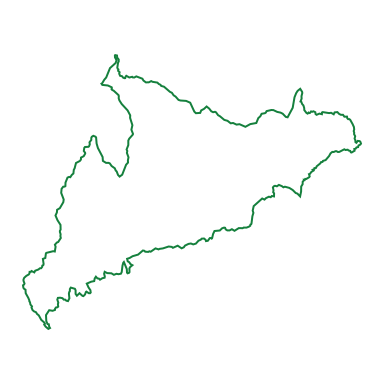 Huamalies, Huánuco, Peru (Robinson projection)
{"feature_id": "86281439B96398327811884", "entity_name": "Huamalies", "entity_type": "district", "adm_level": 2, "iso_a3": "PER", "parent_name": "Peru", "parent_adm1": "Huánuco", "projection": "robinson", "projection_center": [-76.611, -9.407], "detail": "fine", "context": "isolated", "style": "outline", "palette": "green", "viewbox_px": 384, "rotation_deg": 0, "n_neighbors": 0, "source": "geoboundaries", "source_scale": "gbopen_adm2", "svg_char_len": 5894}
<svg xmlns="http://www.w3.org/2000/svg" viewBox="0 0 384 384"><path d="M58.2,306.6L57.9,304.1L58.3,302.7L57.3,299.6L57.9,297.9L60.1,297.7L62.5,298.2L63.7,299.6L65.1,299.6L66.3,300.7L68.0,301.1L69.4,298.3L68.9,293.7L69.2,292.1L69.8,291.3L69.9,289.0L70.8,287.6L74.9,288.8L75.6,290.3L75.6,293.9L76.9,295.7L79.5,293.2L82.5,295.9L83.4,296.1L85.0,294.5L85.9,292.0L86.4,291.6L88.8,293.2L90.1,293.2L90.7,292.5L90.4,290.2L88.5,287.4L86.8,283.6L91.2,281.7L94.2,281.1L94.7,278.5L95.9,276.7L97.4,278.4L98.9,278.6L100.0,279.7L102.4,278.2L104.6,277.7L104.8,276.4L104.1,273.8L104.7,271.8L107.2,273.1L111.4,273.3L113.9,274.8L116.5,273.8L118.5,274.2L120.9,273.7L121.7,272.1L122.5,265.6L123.3,262.7L123.9,262.0L126.8,269.1L127.0,272.6L127.6,273.3L128.9,272.9L129.5,272.1L129.4,268.4L130.1,267.1L132.4,265.2L130.6,264.2L129.2,262.2L127.7,261.3L127.1,258.8L129.6,258.0L132.6,256.2L138.1,254.6L142.9,250.5L144.4,250.8L145.2,251.7L148.3,251.9L149.3,251.3L150.7,251.7L155.5,248.4L158.6,249.4L159.4,248.9L162.9,248.4L168.7,246.5L171.8,246.9L172.9,247.8L177.7,245.7L181.6,248.3L183.8,247.3L185.0,245.6L188.5,243.9L190.9,243.5L193.2,244.4L195.9,243.6L198.5,240.7L200.9,239.6L201.6,238.7L204.0,238.5L205.6,239.8L206.0,241.1L207.8,240.8L209.8,238.1L210.9,238.0L211.7,238.6L212.1,238.2L213.1,234.0L214.5,231.0L219.8,230.5L222.1,228.3L224.1,227.6L225.1,227.8L225.7,229.4L227.3,230.4L229.6,230.4L231.9,229.2L234.5,230.8L238.8,228.1L242.7,228.2L243.6,227.6L246.5,227.6L248.9,226.7L250.2,225.8L250.4,224.6L251.2,224.2L251.5,223.4L252.4,216.2L253.4,212.9L252.7,210.6L253.7,206.1L262.2,198.5L264.5,199.6L266.0,198.1L268.9,196.7L270.7,197.2L271.8,196.0L274.0,196.4L274.1,193.3L273.2,192.3L273.5,190.2L272.9,187.4L273.8,186.3L275.0,185.8L276.9,186.3L278.9,184.9L281.8,186.1L283.4,187.3L284.9,186.7L289.3,187.9L292.7,190.0L295.7,193.0L297.4,193.6L300.1,196.4L301.1,191.5L301.2,186.5L302.6,184.3L302.7,181.7L304.0,180.3L303.9,179.8L304.7,180.0L305.2,178.9L306.2,179.0L309.2,177.2L309.7,176.4L309.0,174.2L309.8,174.0L311.4,171.9L313.8,170.4L313.8,169.9L313.1,169.6L314.5,168.8L314.5,168.1L316.0,167.9L316.7,166.3L320.4,163.3L320.9,162.2L322.5,161.9L323.0,160.9L325.6,160.1L329.1,156.0L330.5,153.4L332.3,151.9L333.7,152.0L335.5,151.2L336.5,151.2L337.9,152.0L339.3,151.9L344.3,149.3L345.5,150.0L347.7,149.7L348.6,150.5L350.2,150.9L350.8,152.3L351.6,152.5L354.6,150.7L354.3,149.0L355.6,148.7L356.5,147.4L358.1,147.1L358.5,145.5L360.3,144.6L361.0,143.6L360.3,141.7L359.6,141.1L357.7,140.9L356.4,142.8L355.5,142.2L355.3,140.1L354.6,138.6L355.2,136.2L354.1,134.2L354.2,132.6L353.7,131.1L354.2,129.4L353.9,127.0L352.6,124.1L350.2,119.8L349.3,119.1L348.1,119.1L347.3,118.3L347.0,116.6L344.4,116.7L343.0,114.8L340.9,114.8L339.1,113.9L337.4,112.1L334.6,112.4L333.7,114.3L331.1,112.8L329.1,113.1L322.7,112.1L322.0,112.5L321.9,114.2L319.4,113.6L316.6,114.8L315.6,114.1L315.3,112.2L313.4,111.3L312.2,111.8L311.1,111.4L310.0,112.9L309.1,113.1L308.5,112.6L307.6,113.6L306.5,113.0L304.3,110.1L304.2,108.0L303.4,105.4L302.2,104.1L301.3,101.8L300.5,101.5L301.6,98.7L301.5,96.1L302.3,93.0L302.1,91.8L300.2,88.8L297.6,90.9L296.2,93.1L294.5,97.3L292.7,107.8L287.6,117.3L285.8,116.9L282.7,113.7L280.5,112.6L277.2,111.9L273.4,110.1L271.4,110.0L266.6,111.1L265.8,112.6L264.9,113.2L261.6,113.8L260.3,116.3L258.3,118.1L256.3,123.0L250.3,124.1L245.4,126.8L239.5,124.2L236.5,124.6L233.1,123.0L230.7,123.3L227.5,120.8L224.3,119.9L219.9,116.2L218.1,115.2L216.0,112.3L215.0,111.8L213.1,112.2L211.3,111.3L209.2,108.6L206.6,106.5L204.0,108.9L201.2,110.4L200.2,112.9L195.9,113.2L194.3,111.6L190.2,102.7L186.1,100.9L180.4,100.5L178.5,99.9L175.6,96.6L173.6,95.3L171.9,92.8L169.9,91.8L164.0,86.7L161.2,85.9L160.5,84.8L158.8,84.0L157.4,82.6L152.5,81.8L151.2,81.1L148.9,82.3L145.9,82.4L143.4,80.5L142.4,78.7L136.3,76.4L134.3,77.5L132.8,77.4L132.2,76.8L129.3,77.5L126.3,75.8L125.6,76.6L125.2,78.1L124.6,78.2L123.2,77.7L122.0,76.2L120.1,75.8L119.2,73.7L119.6,72.2L118.1,70.8L118.4,69.4L117.7,68.8L117.3,67.6L118.1,62.4L118.7,61.6L118.7,59.5L117.2,57.6L117.0,55.5L115.2,55.1L114.9,55.5L115.0,57.4L116.5,60.2L115.7,62.9L110.0,68.1L106.2,77.5L104.3,79.7L102.1,83.4L101.5,83.7L102.3,84.9L107.9,85.5L111.7,87.3L111.9,88.1L111.5,89.1L112.1,89.9L113.7,90.7L118.5,95.1L118.8,96.1L118.7,98.3L119.4,100.4L121.7,104.0L127.6,110.4L130.2,115.3L130.1,117.9L132.4,125.2L131.4,129.7L133.0,133.9L132.8,134.6L129.2,138.7L128.3,140.6L128.3,145.1L126.6,149.5L127.3,151.0L126.9,152.9L128.5,157.3L127.9,160.4L128.0,162.6L126.1,164.7L122.2,174.7L119.6,176.6L118.0,174.9L116.7,171.5L115.7,170.5L114.8,168.3L111.6,166.0L109.8,163.4L108.7,162.9L106.1,162.9L102.9,160.9L102.6,157.0L97.9,148.0L96.6,143.5L96.1,137.5L95.5,136.7L93.3,135.8L91.8,136.8L91.3,137.9L91.3,139.9L89.5,142.3L89.8,144.3L89.1,146.2L88.5,146.8L85.0,147.0L84.3,147.8L83.8,151.0L85.1,152.7L85.2,153.6L83.7,156.2L81.0,157.6L80.9,159.6L79.8,161.0L76.0,163.0L74.6,168.4L73.8,169.8L73.4,173.5L71.8,174.9L70.3,177.2L69.1,176.9L67.5,177.6L65.5,182.6L65.4,186.1L64.7,186.6L63.2,186.7L61.6,188.8L61.2,192.9L63.7,199.5L63.3,202.2L59.8,208.2L57.1,209.8L56.9,212.4L55.5,215.5L57.5,220.2L60.5,224.9L60.6,229.6L59.9,230.9L59.9,232.0L60.6,234.2L60.4,236.1L60.8,238.0L58.2,242.0L56.9,242.5L54.9,244.7L55.6,246.7L54.8,251.5L53.2,251.2L46.3,252.9L45.9,253.5L45.3,258.0L42.9,258.9L43.6,264.0L43.3,265.1L42.3,265.6L42.2,266.8L41.2,268.2L39.9,268.3L38.4,269.5L35.2,270.7L34.3,272.4L31.5,271.0L30.8,271.9L29.6,271.9L29.4,273.6L28.7,274.5L26.4,275.8L24.2,277.8L23.5,279.5L23.5,280.8L24.5,283.5L24.1,284.5L23.0,285.3L23.4,287.8L24.1,288.8L25.5,289.7L25.7,293.2L28.3,297.9L29.3,300.3L29.4,301.5L30.0,302.2L30.4,304.5L32.0,306.4L31.5,307.5L32.5,310.0L33.9,311.3L36.1,312.3L36.9,313.8L38.8,315.4L41.2,319.8L44.1,322.4L44.9,323.8L44.2,324.6L45.6,326.6L48.3,328.9L50.0,328.0L49.2,326.7L48.8,324.3L47.6,324.1L46.3,321.2L46.0,315.1L49.2,310.2L52.6,310.8L55.0,309.9L55.1,308.6L56.1,307.4L57.4,307.3L58.2,306.6Z" fill="none" stroke="#15803d" stroke-width="2"/></svg>